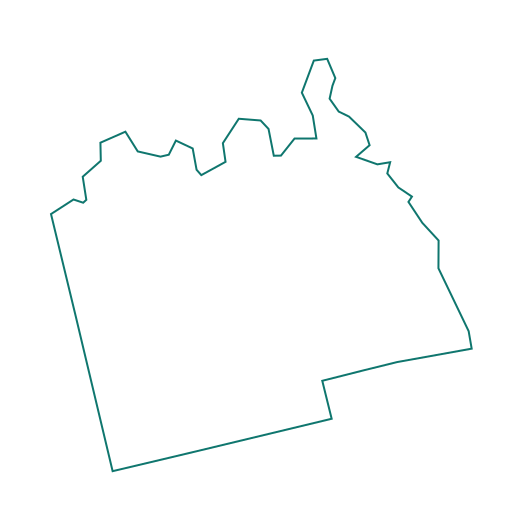 Autauga, Alabama, United States of America, rotated 167°
{"feature_id": "52423323B1786789370049", "entity_name": "Autauga", "entity_type": "district", "adm_level": 2, "iso_a3": "USA", "parent_name": "United States of America", "parent_adm1": "Alabama", "projection": "orthographic", "projection_center": [-86.703, 32.508], "detail": "fine", "context": "isolated", "style": "outline", "palette": "teal", "viewbox_px": 512, "rotation_deg": 167, "n_neighbors": 0, "source": "geoboundaries", "source_scale": "gbopen_adm2", "svg_char_len": 828}
<svg xmlns="http://www.w3.org/2000/svg" viewBox="0 0 512 512"><g transform="rotate(167 256 256)"><path d="M143.2,404.7L138.7,411.5L142.3,432.1L155.7,433.4L174.6,404.8L169.1,380.1L170.7,356.9L192.0,361.8L209.1,348.2L216.1,349.7L215.2,377.0L221.0,387.0L241.9,393.6L262.9,373.4L264.5,354.6L291.1,347.1L294.5,353.4L293.5,375.0L308.1,386.5L318.2,374.3L326.7,374.3L347.7,384.5L355.3,406.5L382.1,401.4L385.8,383.7L407.0,372.2L408.7,348.9L412.4,346.8L421.1,352.1L446.3,343.0L445.2,237.4L444.9,192.5L444.1,78.6L360.8,79.1L218.9,80.4L219.5,119.5L176.0,120.4L142.3,120.9L66.7,117.2L65.7,134.9L81.0,203.0L74.6,230.0L86.5,250.9L95.3,274.4L90.7,278.8L101.9,290.8L109.5,306.9L104.2,317.2L117.1,318.0L136.2,330.1L120.4,338.4L121.6,351.7L134.0,370.9L142.9,378.1L148.9,392.7L143.2,404.7Z" fill="none" stroke="#0f766e" stroke-width="2"/></g></svg>